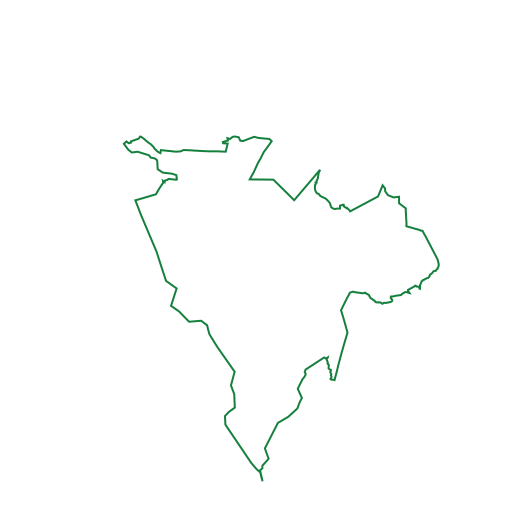 outline of San Juan Bautista Valle Nacional, Oaxaca, Mexico, rotated 318°
{"feature_id": "50627088B61539725949690", "entity_name": "San Juan Bautista Valle Nacional", "entity_type": "district", "adm_level": 2, "iso_a3": "MEX", "parent_name": "Mexico", "parent_adm1": "Oaxaca", "projection": "robinson", "projection_center": [-96.283, 17.82], "detail": "fine", "context": "isolated", "style": "outline", "palette": "green", "viewbox_px": 512, "rotation_deg": 318, "n_neighbors": 0, "source": "geoboundaries", "source_scale": "gbopen_adm2", "svg_char_len": 5953}
<svg xmlns="http://www.w3.org/2000/svg" viewBox="0 0 512 512"><g transform="rotate(318 256 256)"><path d="M397.4,288.2L387.4,293.0L386.5,293.4L355.8,285.8L355.9,285.4L356.0,284.5L356.0,282.7L355.8,281.2L355.4,281.3L354.5,278.0L354.3,278.2L354.5,277.7L355.0,277.4L355.1,276.9L355.4,276.6L355.1,276.1L354.2,275.8L353.9,275.7L353.5,275.4L352.1,274.8L350.2,276.9L350.0,276.7L349.2,276.1L348.5,275.5L347.7,274.9L346.1,273.9L345.7,273.4L345.3,272.7L344.9,271.8L344.7,270.9L344.6,269.9L345.0,268.9L345.8,267.3L346.1,266.6L346.4,265.8L346.4,264.2L346.4,262.3L346.2,260.3L345.8,258.8L344.8,256.7L344.2,255.1L343.9,253.6L344.2,252.4L343.2,249.7L343.8,247.2L344.7,245.7L345.3,244.8L346.5,243.7L347.6,242.6L348.1,242.7L349.0,242.0L349.3,241.4L350.1,242.0L350.7,241.3L351.2,241.0L351.5,240.9L351.6,240.6L351.8,240.7L353.0,240.0L353.5,239.8L353.9,239.7L354.1,239.5L354.5,239.3L354.7,239.1L355.0,238.7L355.9,238.1L356.0,237.9L356.5,237.5L357.5,236.8L358.3,236.1L358.5,236.0L358.7,235.9L360.6,235.2L360.9,235.0L361.3,234.8L321.7,240.1L321.4,234.5L320.0,210.9L302.6,194.9L310.4,192.2L319.9,188.1L324.1,186.8L331.2,184.0L338.5,182.5L344.5,181.2L344.2,177.9L341.2,174.7L339.0,172.3L336.6,169.6L334.4,166.2L323.3,161.9L321.5,159.8L322.6,156.2L320.2,153.0L318.3,151.8L315.1,151.7L313.6,149.3L312.5,151.4L307.7,149.1L307.0,150.2L308.8,152.1L310.2,153.5L307.1,155.6L304.0,157.7L303.3,158.2L300.6,155.6L299.9,154.9L298.3,153.3L296.8,151.9L294.3,149.6L292.3,147.9L291.4,147.0L288.5,144.2L287.1,142.9L286.1,141.8L284.4,140.1L283.3,139.0L282.7,138.4L281.6,137.3L280.3,136.0L279.2,134.8L276.6,132.2L275.7,131.3L273.1,128.8L269.8,127.7L266.1,124.7L256.2,113.7L253.8,115.6L253.5,115.0L253.4,114.5L253.2,114.1L253.0,113.6L252.9,113.1L252.8,112.7L252.7,112.2L252.6,111.7L252.6,111.2L252.6,110.7L252.6,110.1L252.5,109.5L252.5,109.2L252.4,108.8L252.4,108.2L252.6,107.6L252.7,106.9L252.8,106.2L252.8,105.5L252.7,104.8L252.7,103.8L252.6,103.1L252.6,102.4L252.4,101.7L252.2,101.0L252.0,100.2L251.9,99.2L251.8,98.9L251.8,98.5L251.6,97.8L251.4,97.0L251.4,95.9L251.3,94.9L251.2,94.3L251.1,93.9L250.8,92.5L250.4,90.3L249.7,89.7L247.4,90.3L239.6,87.1L239.0,88.1L236.9,87.1L236.4,84.2L232.9,84.2L232.2,91.6L233.0,96.0L237.8,99.3L243.9,109.6L243.6,112.4L246.1,115.8L246.6,118.4L245.9,119.7L241.0,125.7L241.9,129.2L242.5,131.6L248.7,138.7L250.9,142.6L248.4,146.2L247.8,146.0L242.5,140.1L241.2,140.2L238.8,139.0L237.5,140.0L237.1,137.9L236.1,139.5L234.1,139.9L230.6,140.8L228.5,141.4L226.8,141.9L222.9,143.2L221.0,142.3L219.2,141.4L215.6,139.7L211.2,137.6L203.6,133.9L197.8,149.1L185.0,186.2L178.0,201.8L172.5,214.3L175.3,227.0L159.5,236.2L161.7,245.6L162.1,255.4L162.3,260.1L171.9,267.4L173.3,274.6L173.0,274.8L172.8,276.0L172.0,277.1L171.7,277.6L169.8,281.5L169.1,282.7L166.4,297.5L162.7,327.7L150.8,335.4L147.4,344.1L138.8,354.5L131.4,353.7L125.8,354.2L120.4,360.9L114.0,406.7L113.8,415.1L114.4,419.8L112.8,422.5L110.1,427.8L113.7,421.4L115.6,418.0L118.7,418.0L120.4,416.1L122.6,415.9L129.7,415.1L133.9,404.9L160.3,394.8L160.8,394.7L172.4,397.1L184.7,397.0L190.4,394.0L195.1,392.2L198.2,382.6L208.1,378.7L211.2,378.2L213.3,377.4L214.1,376.8L214.6,374.8L215.8,374.2L216.8,373.6L231.0,375.8L238.7,377.0L239.0,377.7L239.8,379.2L241.4,379.4L241.1,379.6L239.2,380.0L238.8,381.4L238.1,383.2L237.2,383.8L237.1,384.4L237.3,384.8L237.3,385.6L234.9,387.9L234.7,388.2L234.7,388.8L235.4,390.9L234.4,391.6L233.6,391.8L232.8,394.4L231.8,394.7L231.5,395.7L231.3,396.3L230.4,396.8L229.4,397.0L229.0,397.5L229.3,398.3L231.3,400.4L231.4,400.7L239.8,395.2L243.8,392.4L256.0,384.5L260.0,382.0L262.9,380.2L263.4,379.9L264.2,379.4L269.4,376.2L272.8,374.1L274.5,370.6L275.9,367.8L279.3,360.9L282.9,353.2L289.9,350.4L295.2,348.3L301.3,346.1L304.2,347.4L305.6,349.5L310.4,355.1L311.3,355.8L312.1,356.1L312.4,356.1L312.6,356.8L312.8,357.2L312.9,358.3L313.2,358.8L313.4,359.3L313.6,359.8L313.8,360.9L313.6,361.2L313.5,361.5L313.3,362.1L313.2,362.5L313.2,363.1L313.1,363.6L313.0,364.2L313.1,364.7L313.3,365.0L313.6,365.8L313.6,366.6L313.7,367.1L313.8,367.7L314.2,368.2L314.1,369.0L314.0,369.8L314.1,370.4L314.4,371.0L314.9,371.4L315.3,371.8L315.8,372.4L316.5,372.6L316.7,373.0L317.0,373.6L317.6,374.1L317.7,374.8L317.7,375.5L317.8,375.9L318.4,376.2L318.8,376.3L319.5,376.3L319.8,376.5L320.2,376.7L320.5,377.2L321.1,377.8L321.5,377.9L321.8,378.3L322.2,378.4L323.0,379.0L324.3,379.5L324.5,379.9L325.3,380.3L325.7,380.4L326.1,380.5L326.7,380.6L327.4,380.4L327.7,379.9L327.9,379.3L327.9,378.3L328.0,377.4L328.5,376.8L329.2,376.4L329.8,377.0L330.5,377.6L332.5,378.7L333.5,379.2L337.5,382.0L337.8,382.0L338.3,382.0L338.7,381.9L340.9,382.2L341.3,382.4L341.7,382.4L342.1,382.5L342.7,382.6L343.1,382.9L343.4,383.3L343.8,383.9L345.3,386.2L345.7,383.4L346.2,382.9L353.7,384.7L354.3,384.5L354.6,384.7L354.7,385.2L355.0,385.8L355.1,386.4L355.5,386.6L355.9,387.1L356.1,387.5L356.2,388.0L356.2,388.6L356.0,389.1L355.7,389.6L356.0,390.1L356.4,389.7L356.8,389.2L357.2,388.7L357.9,388.0L358.2,387.5L358.9,387.2L359.3,387.0L359.7,386.8L360.3,386.7L361.0,386.3L361.5,386.0L362.1,385.6L362.5,385.8L363.1,385.9L363.6,385.7L364.1,385.6L364.7,385.9L365.0,386.2L366.0,386.2L366.6,386.4L367.0,386.6L367.5,386.7L368.3,386.9L368.7,387.1L369.0,387.4L369.9,387.4L370.4,387.4L371.2,387.3L371.6,386.9L372.1,386.6L372.6,386.4L373.5,386.3L374.0,386.5L374.5,386.5L375.2,386.6L375.7,386.6L376.1,386.4L376.6,386.3L377.6,386.2L378.4,386.3L378.8,386.6L379.3,387.1L379.6,387.3L380.3,387.1L381.1,386.8L381.9,387.0L382.7,386.9L383.2,386.3L383.4,386.3L383.9,386.2L384.3,386.1L384.7,385.9L385.0,385.6L385.3,385.2L385.8,385.0L386.1,384.6L386.3,384.2L386.6,383.9L386.9,383.5L387.0,383.0L387.3,382.6L387.5,382.2L387.7,381.8L388.0,381.5L388.1,381.0L388.3,380.7L388.5,380.3L388.7,379.9L395.5,353.5L395.5,353.0L396.6,348.6L395.3,347.2L395.2,346.5L389.2,337.0L388.7,336.2L387.7,334.5L389.2,333.0L396.7,323.7L397.3,322.9L399.2,320.8L397.6,312.6L401.9,307.7L397.5,304.6L394.8,299.2L395.3,294.4L397.1,292.1L397.4,288.2Z" fill="none" stroke="#15803d" stroke-width="2"/></g></svg>